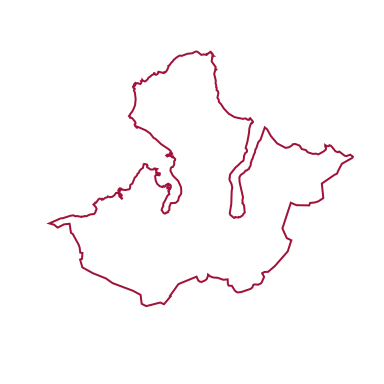 Vanylven nor, Møre og Romsdal, Norway, rotated 38°
{"feature_id": "86288312B81426606335863", "entity_name": "Vanylven nor", "entity_type": "district", "adm_level": 2, "iso_a3": "NOR", "parent_name": "Norway", "parent_adm1": "Møre og Romsdal", "projection": "orthographic", "projection_center": [5.551, 62.082], "detail": "fine", "context": "isolated", "style": "outline", "palette": "rose", "viewbox_px": 384, "rotation_deg": 38, "n_neighbors": 0, "source": "geoboundaries", "source_scale": "gbopen_adm2", "svg_char_len": 6014}
<svg xmlns="http://www.w3.org/2000/svg" viewBox="0 0 384 384"><g transform="rotate(38 192 192)"><path d="M98.9,304.6L103.4,302.7L108.0,302.8L111.1,296.3L115.1,292.4L121.8,298.7L123.9,298.5L135.3,303.4L137.7,305.0L141.3,308.6L143.2,307.5L146.5,312.4L145.4,314.1L152.0,318.9L163.9,317.0L177.4,313.1L185.5,312.7L206.2,306.2L214.8,304.7L221.2,311.1L226.2,310.1L235.1,298.6L239.0,297.7L239.4,287.3L238.6,287.4L238.0,272.9L247.7,255.9L251.4,257.9L253.7,257.7L255.0,256.9L256.8,253.5L257.2,251.7L256.4,248.7L255.5,247.2L258.3,247.3L261.4,246.3L265.0,243.8L270.7,241.9L273.9,238.9L277.0,242.5L278.5,243.2L281.3,241.4L286.4,243.3L288.5,243.4L290.0,242.9L292.4,240.5L297.8,232.3L298.3,230.1L297.5,227.4L298.3,226.2L301.2,224.3L302.5,221.8L302.6,220.8L302.3,219.2L301.1,214.5L297.3,212.8L298.3,210.4L301.1,208.1L302.5,201.4L302.9,199.1L304.0,179.8L300.0,168.9L295.1,170.0L285.7,165.1L276.5,139.6L282.4,138.1L292.6,130.4L291.8,127.9L295.2,124.7L297.3,121.6L299.1,116.4L299.2,116.0L298.8,115.5L289.1,105.4L293.7,90.8L295.0,88.1L294.2,85.6L292.7,77.5L297.3,66.5L297.1,65.1L293.7,65.2L291.6,68.6L290.0,69.4L283.1,69.5L282.5,70.8L280.0,71.6L273.2,70.0L271.5,70.5L271.6,71.6L269.9,72.9L268.1,73.0L269.2,74.3L270.7,74.9L271.3,76.2L270.8,78.8L268.4,84.6L266.2,85.4L263.7,87.6L258.8,89.4L255.7,88.9L252.1,90.6L248.3,89.2L243.7,90.6L242.0,92.4L242.2,93.3L240.9,97.0L238.6,99.6L229.2,101.3L219.9,99.4L212.8,96.4L209.6,96.3L213.9,108.9L213.6,110.2L213.6,112.2L215.7,117.8L215.8,119.5L217.2,122.0L217.9,125.1L219.3,128.6L219.3,130.0L220.1,131.3L220.3,132.8L221.2,133.7L222.1,135.9L222.1,137.4L222.6,138.2L222.6,139.3L222.0,140.1L221.9,141.4L221.0,142.2L221.1,144.6L219.9,148.7L220.3,151.3L223.4,154.9L235.6,164.9L236.8,167.5L238.2,168.7L238.4,169.7L240.6,170.2L242.0,171.3L246.2,175.7L246.0,178.3L246.3,179.3L245.2,182.5L244.1,182.9L244.1,183.7L241.4,185.2L241.5,186.1L240.8,186.6L236.1,186.4L234.9,185.6L230.3,177.2L222.6,166.7L221.1,163.8L218.1,161.3L214.6,159.7L213.0,158.2L213.0,157.2L212.0,156.3L211.2,154.4L211.2,145.7L211.8,143.2L212.5,137.7L213.2,136.1L213.0,135.0L210.8,131.5L210.0,128.7L210.5,126.7L210.1,125.8L208.9,124.7L207.2,124.4L204.7,118.3L200.6,110.4L198.0,106.5L196.4,102.2L196.9,100.9L196.5,100.7L197.0,99.5L196.7,99.0L192.4,98.0L192.1,98.8L192.6,99.8L191.7,100.7L188.8,101.1L187.0,103.1L179.5,106.8L172.7,107.7L165.7,106.6L160.8,104.9L157.9,104.5L156.0,102.7L154.0,102.1L151.8,97.6L149.9,96.5L148.8,96.7L147.3,94.7L146.4,94.5L145.6,93.2L143.6,91.8L142.3,89.7L136.7,85.2L135.5,82.1L135.7,80.5L134.6,80.7L133.8,79.0L127.1,77.0L125.1,73.6L124.8,73.1L125.1,73.0L124.5,72.1L125.0,71.6L124.2,71.7L122.7,70.7L122.9,70.5L119.7,69.9L120.5,70.5L120.2,70.5L120.3,71.0L119.6,72.0L119.3,73.8L118.9,74.0L119.2,74.2L119.1,75.0L116.5,76.4L114.9,78.2L110.5,78.1L109.2,78.4L108.3,79.2L106.8,82.5L103.3,85.9L100.1,91.0L98.2,92.2L96.9,95.9L96.2,99.5L96.4,100.8L96.1,102.4L96.2,105.9L95.7,107.2L96.4,107.8L97.3,111.0L97.2,112.0L97.5,112.6L97.3,113.7L96.5,114.5L96.9,114.8L96.7,115.6L91.8,117.7L91.5,118.5L92.2,119.2L92.2,120.2L91.7,121.6L90.8,122.1L89.4,121.4L88.9,121.7L89.2,123.1L88.4,124.5L88.0,126.8L87.4,128.5L87.6,130.6L87.2,133.3L86.8,133.9L84.7,134.5L83.6,134.2L84.2,135.6L83.7,136.0L84.3,136.3L84.9,137.5L84.8,138.7L82.2,139.7L81.3,141.1L81.2,140.6L80.4,140.6L80.0,142.2L80.3,143.2L81.3,142.8L81.6,143.2L81.4,143.8L80.5,143.6L80.7,145.4L81.7,146.0L83.0,145.8L83.1,146.4L83.6,146.5L83.9,147.9L85.9,148.9L90.5,153.6L93.6,158.5L94.5,161.3L95.4,165.4L95.3,168.3L95.7,169.2L95.5,169.7L95.7,171.1L96.9,171.0L97.6,171.6L98.2,170.9L99.6,170.7L103.7,171.6L105.1,172.4L105.4,173.2L105.1,173.9L105.4,174.4L107.0,175.1L108.0,174.4L108.2,174.6L108.1,175.1L108.6,175.4L109.0,175.2L108.7,174.7L109.2,174.2L110.9,173.6L117.6,171.9L122.9,171.6L128.6,173.0L130.5,172.6L138.6,173.3L147.8,172.6L150.2,172.9L150.8,173.6L150.6,174.4L150.8,174.6L152.5,173.8L152.9,174.2L152.0,175.3L152.4,175.5L150.7,176.6L150.2,177.2L150.5,177.9L149.9,178.6L149.4,178.4L149.3,179.1L150.6,179.2L150.7,178.6L152.2,177.2L154.0,176.2L154.4,176.5L154.7,176.1L155.0,176.8L155.5,176.6L155.4,175.9L158.4,176.3L159.1,177.4L158.9,178.2L159.1,178.9L161.1,181.3L161.5,184.1L160.7,184.8L160.6,186.3L162.0,188.6L166.7,190.8L174.4,191.8L180.4,195.0L183.3,198.2L184.6,200.4L184.8,202.2L184.6,203.5L186.3,207.2L186.3,207.9L186.0,210.0L185.5,210.9L182.2,213.8L183.2,217.4L185.1,219.9L185.1,221.8L185.6,222.5L185.2,223.5L184.4,223.9L184.2,225.5L182.6,226.1L179.1,224.9L178.3,222.7L178.1,220.7L177.1,219.9L176.3,217.8L176.3,216.4L175.0,210.4L175.1,208.7L175.5,207.6L174.1,206.9L173.8,205.9L172.6,205.7L172.6,204.8L173.0,203.4L172.2,200.9L172.0,200.7L171.7,202.6L171.1,203.6L170.3,204.3L169.8,203.8L170.0,203.7L169.4,202.3L169.5,200.6L171.0,199.6L168.1,200.1L167.0,202.9L167.3,204.2L167.0,204.9L165.7,205.0L165.7,206.3L163.0,207.3L159.4,207.0L156.3,205.3L153.3,202.3L153.0,201.3L153.3,200.6L156.0,198.9L155.9,198.1L155.1,197.1L154.2,197.5L153.2,198.9L151.9,199.0L151.7,198.6L152.0,198.0L150.0,197.1L150.4,196.4L150.5,195.3L147.9,196.5L147.6,198.1L145.7,199.7L141.5,200.1L140.6,199.3L140.7,198.6L139.4,198.1L137.0,199.4L136.8,199.8L138.5,203.2L137.7,205.9L137.7,207.6L138.2,210.0L137.8,211.2L138.4,212.5L138.3,215.0L138.0,215.8L139.8,222.1L139.1,224.3L139.6,225.5L140.6,226.6L141.0,228.3L138.4,231.4L134.9,233.5L134.5,232.9L132.9,233.4L132.6,235.0L133.4,235.3L133.7,234.2L134.5,234.4L134.3,234.8L134.6,236.0L134.2,236.7L132.4,236.0L134.5,237.2L134.9,236.8L135.8,237.5L138.1,237.7L137.8,239.1L138.3,239.0L138.3,237.8L138.7,237.9L139.2,239.4L141.6,240.6L137.4,240.1L135.6,238.4L134.0,238.5L132.7,239.5L132.8,242.7L132.1,244.9L130.4,246.8L128.4,247.3L128.4,248.4L127.3,249.9L126.5,252.6L125.7,252.6L125.7,253.6L124.4,253.4L123.3,254.1L122.8,255.4L123.0,259.1L122.8,260.2L122.3,260.1L122.3,261.5L122.0,262.5L125.5,263.1L127.4,264.2L127.7,266.1L128.1,266.6L128.4,267.9L128.4,269.6L125.4,272.6L123.7,276.1L122.2,277.0L121.9,277.8L120.4,279.1L120.4,279.6L116.2,281.7L115.1,282.9L112.9,283.4L110.8,285.6L106.4,292.1L104.7,293.7L98.9,304.6Z" fill="none" stroke="#9f1239" stroke-width="2"/></g></svg>